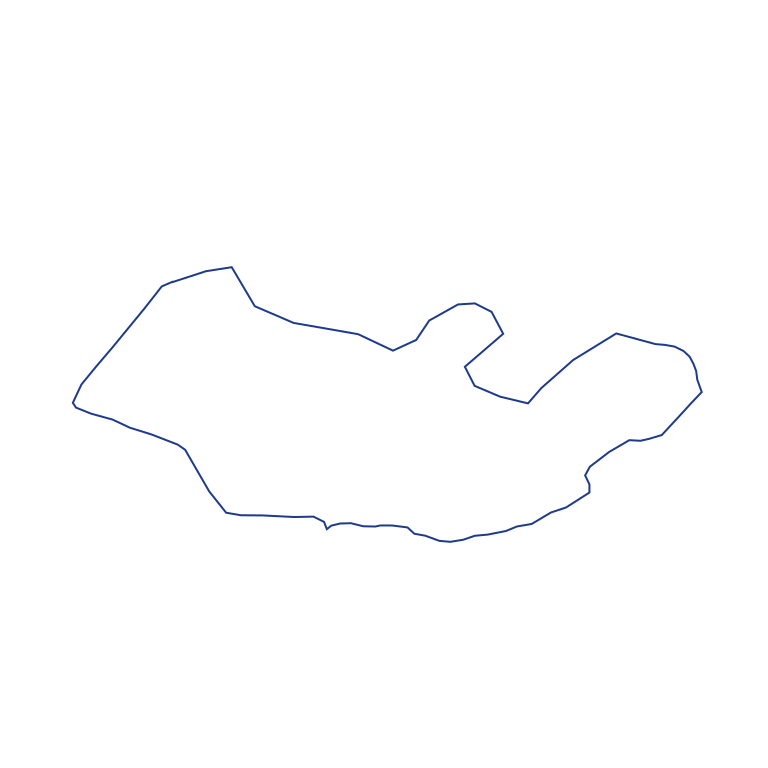 Salem, Stockholm, Sweden (Natural Earth projection), rotated 147°
{"feature_id": "70781695B90671145668871", "entity_name": "Salem", "entity_type": "district", "adm_level": 2, "iso_a3": "SWE", "parent_name": "Sweden", "parent_adm1": "Stockholm", "projection": "natural_earth1", "projection_center": [17.685, 59.231], "detail": "fine", "context": "isolated", "style": "outline", "palette": "blue", "viewbox_px": 768, "rotation_deg": 147, "n_neighbors": 0, "source": "geoboundaries", "source_scale": "gbopen_adm2", "svg_char_len": 1186}
<svg xmlns="http://www.w3.org/2000/svg" viewBox="0 0 768 768"><g transform="rotate(147 384 384)"><path d="M505.7,584.9L517.2,586.9L543.8,577.8L591.7,562.6L616.6,555.2L638.0,548.4L655.2,537.7L655.2,532.0L645.7,518.5L631.1,502.1L620.9,485.7L606.3,468.1L590.0,445.5L586.6,437.1L589.1,389.1L586.5,362.0L575.4,351.8L557.4,339.9L531.7,321.3L515.4,311.2L509.4,301.0L511.0,293.4L505.3,293.9L496.6,290.8L487.6,285.3L478.9,276.0L468.9,269.2L464.2,267.4L454.1,260.8L442.4,250.9L440.1,241.9L432.1,234.4L423.0,222.3L414.3,215.5L402.3,210.2L390.6,207.3L378.8,201.1L361.8,194.3L350.1,192.1L336.4,186.2L313.9,185.3L298.6,181.3L270.8,181.1L266.4,187.9L265.1,197.8L256.4,202.5L232.3,204.4L208.9,203.3L199.8,196.7L191.8,193.7L178.8,189.9L167.4,192.8L155.0,195.9L136.6,200.7L121.9,204.2L120.9,208.6L118.9,217.0L115.2,224.7L113.5,232.2L112.8,240.3L114.8,248.5L119.9,257.1L127.2,263.9L134.6,269.6L161.7,299.9L212.3,301.1L254.3,294.9L273.8,289.3L293.5,310.1L309.0,333.1L306.8,354.4L256.7,361.2L254.5,385.9L263.9,402.1L278.6,410.4L311.5,412.6L333.0,403.4L358.3,407.1L378.6,439.9L426.5,484.4L450.0,519.6L448.1,564.9L472.0,575.6L505.7,584.6L505.7,584.9Z" fill="none" stroke="#1e3a8a" stroke-width="2"/></g></svg>